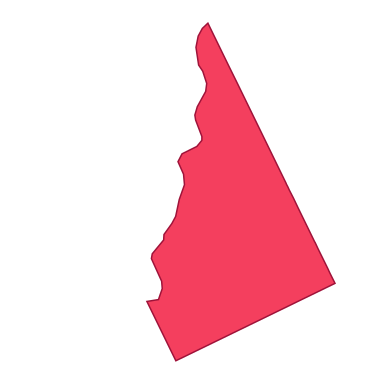 the district of Gregory, South Dakota, United States of America, rotated 244°
{"feature_id": "52423323B73461456201611", "entity_name": "Gregory", "entity_type": "district", "adm_level": 2, "iso_a3": "USA", "parent_name": "United States of America", "parent_adm1": "South Dakota", "projection": "natural_earth1", "projection_center": [-99.031, 43.249], "detail": "fine", "context": "isolated", "style": "filled", "palette": "rose", "viewbox_px": 384, "rotation_deg": 244, "n_neighbors": 0, "source": "geoboundaries", "source_scale": "gbopen_adm2", "svg_char_len": 951}
<svg xmlns="http://www.w3.org/2000/svg" viewBox="0 0 384 384"><g transform="rotate(244 192 192)"><path d="M47.4,103.5L47.2,280.5L58.3,280.4L59.3,280.4L63.8,280.5L64.7,280.5L85.9,280.4L91.9,280.5L92.8,280.5L93.4,280.4L99.4,280.4L116.0,280.4L123.1,280.4L125.4,280.4L131.0,280.4L142.0,280.5L151.4,280.3L154.3,280.4L157.7,280.3L158.5,280.4L173.7,280.4L174.2,280.4L190.3,280.4L196.5,280.4L207.2,280.4L219.2,280.4L223.6,280.4L224.5,280.4L245.8,280.4L252.1,280.4L262.5,280.4L268.6,280.4L290.1,280.3L290.6,280.3L317.1,280.3L318.2,280.3L336.8,280.3L334.5,273.0L329.4,265.9L320.3,259.0L303.2,253.6L295.8,254.6L283.1,252.8L276.4,248.4L266.3,234.1L259.9,228.3L255.1,226.8L237.5,225.2L234.1,223.5L230.8,216.3L230.7,199.8L225.4,192.7L211.7,192.2L201.8,188.4L190.9,177.3L177.2,166.6L172.5,160.1L166.1,148.2L161.3,145.5L153.9,129.2L149.9,126.3L125.1,125.6L118.2,122.9L110.0,114.7L113.4,103.5L47.4,103.5Z" fill="#f43f5e" stroke="#9f1239" stroke-width="1.5"/></g></svg>